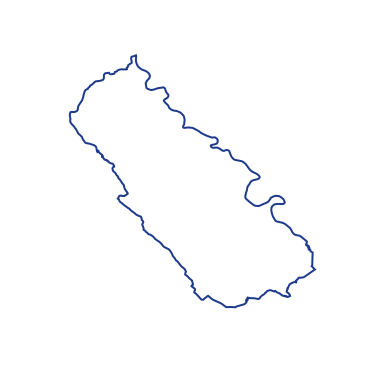 Yumbo, Valle del Cauca, Colombia, rotated 302°
{"feature_id": "7082276B37421860048311", "entity_name": "Yumbo", "entity_type": "district", "adm_level": 2, "iso_a3": "COL", "parent_name": "Colombia", "parent_adm1": "Valle del Cauca", "projection": "equal_earth", "projection_center": [-76.519, 3.595], "detail": "fine", "context": "isolated", "style": "outline", "palette": "blue", "viewbox_px": 384, "rotation_deg": 302, "n_neighbors": 0, "source": "geoboundaries", "source_scale": "gbopen_adm2", "svg_char_len": 6000}
<svg xmlns="http://www.w3.org/2000/svg" viewBox="0 0 384 384"><g transform="rotate(302 192 192)"><path d="M210.9,315.6L211.9,308.8L211.9,307.3L211.8,305.9L210.6,303.1L210.3,301.0L211.1,298.4L213.3,294.7L214.0,289.7L214.2,287.3L213.8,284.8L212.1,280.0L211.8,278.7L212.1,277.4L214.2,273.5L216.3,271.0L217.9,269.4L220.7,267.7L222.7,267.6L224.6,268.3L225.6,268.9L227.3,271.0L230.1,275.7L231.2,276.2L232.3,276.2L232.8,275.7L234.2,273.6L234.7,271.1L234.7,268.4L234.0,266.6L233.0,264.9L231.4,263.4L228.6,261.8L227.7,262.1L224.1,261.8L222.3,260.8L215.5,256.1L213.9,253.1L213.6,251.5L214.1,246.0L214.8,241.7L215.2,240.7L216.0,239.8L217.0,239.3L220.5,238.1L222.2,237.7L225.6,236.4L227.3,236.3L228.2,236.5L232.2,236.4L234.6,237.8L237.4,240.6L238.4,241.3L239.2,241.6L239.9,241.7L240.4,241.5L240.9,241.0L241.2,240.4L241.5,239.2L241.7,237.2L241.2,233.0L241.2,230.7L241.7,228.8L244.1,223.0L244.6,220.0L244.5,217.9L242.1,211.7L241.9,209.8L242.7,207.2L243.2,206.2L244.2,204.8L246.2,202.2L246.5,201.6L246.6,201.0L246.3,199.8L246.0,199.2L245.4,198.5L244.0,197.5L243.3,196.4L243.2,195.7L243.4,192.1L243.1,190.0L242.8,189.4L241.5,187.7L240.8,186.7L240.5,185.9L240.4,184.7L240.8,183.7L241.3,183.4L241.8,183.4L242.2,183.5L244.0,185.6L246.0,187.2L246.5,187.4L247.9,187.3L249.4,186.5L249.9,185.9L250.3,185.1L250.6,183.1L250.3,182.1L248.9,180.3L248.6,179.6L248.0,176.9L247.3,173.2L246.9,168.6L247.2,165.6L247.2,164.2L246.8,159.7L246.6,158.4L246.1,157.3L245.0,155.0L243.8,153.4L242.4,151.7L242.1,150.8L242.1,150.4L242.3,150.1L242.8,149.7L245.4,149.4L249.6,147.3L251.4,145.5L252.1,144.6L252.5,143.6L253.0,141.4L253.2,139.3L252.7,136.5L252.4,135.5L251.3,133.2L251.0,131.7L250.9,129.7L251.4,127.9L252.6,126.1L252.9,125.3L253.6,122.0L254.1,120.4L254.4,119.8L254.8,119.6L256.1,119.8L258.7,121.1L259.5,121.3L260.9,121.1L261.6,120.7L262.1,120.0L262.7,118.1L263.3,116.8L265.4,114.3L265.6,113.7L265.7,113.3L265.6,112.4L262.0,108.1L258.6,105.3L257.0,103.6L256.4,102.0L256.1,100.1L256.0,98.8L256.2,98.2L258.8,95.8L259.7,95.1L262.2,94.8L265.4,95.4L266.7,95.4L268.1,94.8L268.7,94.2L269.6,92.8L270.0,91.2L270.1,90.2L269.9,87.3L269.4,85.5L269.3,82.8L269.8,79.9L270.8,78.0L272.6,75.7L274.4,74.3L277.4,72.8L278.2,72.0L276.6,70.9L274.8,69.2L274.5,69.1L273.6,69.3L273.0,69.6L272.1,70.3L270.2,72.2L269.5,72.4L265.9,70.7L264.0,71.3L263.0,70.8L262.6,70.9L261.7,71.8L261.4,71.6L259.8,69.2L258.7,67.2L257.8,66.1L256.1,64.7L254.2,64.2L252.9,63.0L251.4,63.4L250.8,63.1L248.8,60.8L248.6,59.8L249.1,58.4L246.8,55.6L245.9,55.3L244.5,55.3L242.5,56.6L241.5,57.0L240.2,57.1L239.0,56.4L237.8,55.3L236.2,53.6L235.6,52.7L234.8,51.7L234.2,51.4L229.6,50.1L228.4,49.3L227.1,49.4L225.6,48.9L224.1,49.0L223.2,48.2L222.1,47.8L220.9,47.6L217.2,48.5L214.7,49.5L211.5,50.2L205.2,50.0L203.9,50.3L200.8,51.6L200.2,51.6L198.7,50.9L197.3,49.7L196.5,48.1L195.4,46.7L193.6,47.1L192.7,47.4L189.2,50.4L187.4,51.2L186.8,51.9L185.9,53.9L185.0,57.2L183.6,60.7L181.5,64.3L181.1,65.7L181.0,66.9L180.3,69.6L179.0,71.2L177.5,74.7L177.3,75.6L177.4,76.3L178.8,79.9L179.1,81.5L179.7,83.4L179.8,85.4L179.6,86.2L179.2,87.0L175.9,90.2L175.8,90.8L176.1,91.1L177.2,90.3L177.4,90.7L176.6,91.6L176.3,92.2L175.9,94.6L176.0,95.4L175.8,96.2L175.3,97.1L175.1,97.0L174.9,97.3L174.7,96.7L174.4,96.9L174.4,97.2L174.1,97.4L174.2,97.6L173.8,99.1L173.2,100.3L173.2,101.4L173.6,101.6L173.8,102.5L173.4,103.9L173.8,104.0L173.3,105.8L173.2,107.1L173.5,108.7L174.0,109.8L172.8,112.3L172.2,112.6L171.2,111.9L170.2,111.9L169.1,112.7L168.2,113.7L167.9,114.5L167.6,116.6L167.3,117.4L166.3,119.1L166.0,121.0L165.1,121.7L165.0,122.2L164.6,122.7L164.5,123.8L162.3,128.6L162.2,129.4L162.0,130.1L158.9,133.5L156.9,138.2L156.3,138.4L156.0,138.3L152.7,136.7L151.8,135.1L151.3,133.6L150.3,132.5L147.0,132.6L146.9,134.0L145.7,135.6L144.9,141.6L144.6,145.9L144.6,147.5L143.9,150.7L143.6,155.1L143.3,156.4L143.3,157.8L144.0,161.8L143.8,162.1L142.9,163.2L141.8,164.1L141.2,166.0L140.9,166.4L140.4,166.8L138.3,166.9L137.9,167.2L136.5,169.0L135.9,169.9L134.3,171.0L134.3,172.8L133.8,173.9L133.7,175.8L133.3,176.6L133.2,177.7L133.7,179.1L133.8,180.0L133.6,182.5L133.4,183.0L133.2,184.4L132.6,186.0L132.4,191.1L131.8,193.7L131.0,195.9L130.6,197.5L131.1,202.4L130.8,204.1L129.2,207.4L127.5,209.8L126.7,212.4L125.7,214.3L125.3,216.9L124.1,220.0L123.3,222.6L122.8,226.7L121.2,229.1L119.8,229.3L118.5,229.9L118.3,230.3L118.2,232.4L117.9,233.8L117.4,235.3L117.2,237.1L116.8,239.1L115.8,240.0L114.7,241.4L113.3,242.0L112.6,241.3L112.0,241.4L111.7,242.2L111.5,245.3L111.3,245.9L110.6,246.5L109.0,246.7L108.1,247.0L107.7,250.1L106.7,253.7L105.9,256.0L105.8,256.9L105.9,257.5L106.7,258.7L108.5,259.1L110.2,259.8L111.4,260.1L112.5,260.7L111.7,266.7L112.9,275.2L112.9,277.0L112.5,281.7L113.3,283.4L114.7,285.2L117.1,289.7L118.3,290.3L124.3,295.6L125.1,296.1L126.8,296.5L129.0,296.3L128.4,295.9L128.4,295.7L129.1,295.8L129.3,295.2L129.7,295.2L130.4,295.3L130.4,295.7L131.1,295.2L132.1,295.3L132.1,296.3L132.8,297.1L132.9,297.8L134.8,300.9L136.4,304.9L136.9,305.4L137.4,305.7L139.1,305.7L141.9,306.4L142.7,307.0L143.4,307.3L145.3,307.6L145.7,307.9L147.4,308.1L148.1,308.4L149.7,309.8L150.3,310.5L150.5,311.2L151.2,314.4L152.0,314.7L152.3,315.1L151.9,317.1L152.5,320.3L152.2,320.9L152.2,324.2L152.5,324.9L152.8,326.0L153.2,325.9L153.6,327.1L153.2,327.3L153.6,328.6L155.3,330.1L155.8,330.3L156.9,328.9L157.4,326.9L157.3,325.9L157.6,325.1L158.6,324.7L159.7,324.6L160.0,324.3L160.5,324.5L160.6,324.1L161.2,323.9L162.5,324.1L164.6,323.8L165.8,323.9L166.8,324.3L169.6,326.2L170.0,326.7L170.6,328.2L170.9,328.1L171.3,327.3L171.7,327.1L172.6,327.5L173.4,327.5L174.4,328.0L174.9,328.0L175.5,327.8L176.3,328.4L176.7,329.4L177.5,330.2L178.6,331.7L179.0,332.0L191.4,337.3L192.5,332.9L193.0,333.1L204.6,326.4L204.6,324.0L205.0,323.4L205.5,323.2L205.7,322.6L205.1,321.9L205.1,321.5L205.3,321.3L206.4,321.5L206.9,321.1L207.2,320.7L206.4,320.6L206.3,320.2L206.8,319.7L207.3,318.5L207.5,318.5L207.5,319.5L207.8,319.5L208.0,319.2L208.0,318.2L207.7,317.3L207.6,316.7L208.0,316.4L209.3,316.4L210.9,315.6Z" fill="none" stroke="#1e3a8a" stroke-width="2"/></g></svg>